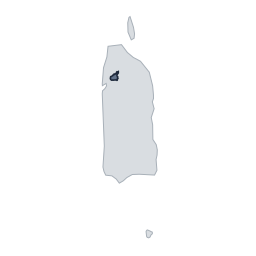 Trujillo Alto, Puerto Rico (highlighted), rotated 266°
{"feature_id": "32010507B87242959394677", "entity_name": "Trujillo Alto", "entity_type": "district", "adm_level": 2, "iso_a3": "PRI", "parent_name": "Puerto Rico", "parent_adm1": "", "projection": "robinson", "projection_center": [-65.993, 18.337], "detail": "fine", "context": "in_parent", "style": "filled", "palette": "slate", "viewbox_px": 256, "rotation_deg": 266, "n_neighbors": 0, "source": "geoboundaries", "source_scale": "gbopen_adm2", "svg_char_len": 2374}
<svg xmlns="http://www.w3.org/2000/svg" viewBox="0 0 256 256"><g transform="rotate(266 128 128)"><path d="M168.9,107.7L171.5,109.6L174.0,109.3L172.0,105.4L173.8,105.4L189.9,107.8L200.3,111.9L210.9,113.8L211.6,127.3L203.4,132.6L198.0,138.2L193.7,145.1L182.2,153.1L168.4,155.5L159.2,155.7L155.7,155.5L152.4,154.1L145.4,155.4L136.8,151.9L129.5,152.8L114.8,152.0L109.4,155.0L104.1,155.7L99.0,155.1L94.6,153.8L83.8,153.9L79.2,151.2L81.1,135.9L81.3,129.0L78.6,123.3L75.7,119.7L73.6,115.5L77.9,112.7L81.4,108.6L82.5,102.5L86.3,101.0L90.8,100.3L111.5,103.1L163.9,104.7L166.9,105.2L168.9,107.7ZM228.0,140.5L221.4,141.1L217.1,140.3L215.7,137.4L223.7,134.7L233.0,135.1L238.3,136.7L239.0,137.8L228.0,140.5ZM22.4,144.9L21.7,145.0L20.9,144.9L20.5,144.6L20.0,143.7L17.6,142.3L17.0,140.9L17.6,139.5L18.6,139.0L23.4,138.8L23.9,139.0L24.9,139.9L24.9,140.6L24.4,141.3L23.6,143.0L23.2,143.4L22.9,143.8L22.8,144.6L22.4,144.9Z" fill="#d9dde1" stroke="#a8b0b8" stroke-width="1"/><path d="M179.8,114.0L179.5,114.0L179.2,114.1L178.8,114.0L178.7,113.9L178.6,114.0L178.3,114.1L177.6,114.0L177.4,114.3L177.2,114.5L176.9,114.9L176.8,115.0L176.8,115.3L176.8,115.5L176.8,115.8L176.8,116.0L177.0,116.3L176.8,116.5L176.7,117.0L176.7,117.3L176.8,117.4L176.8,117.6L176.8,117.8L176.9,118.3L176.8,118.5L176.8,118.8L176.7,119.0L176.8,119.2L176.7,119.3L176.7,119.5L176.8,119.8L176.6,120.0L176.3,120.2L176.3,120.5L176.5,120.6L176.8,120.8L177.1,120.8L177.2,120.7L177.6,120.8L177.9,121.2L178.0,121.0L178.2,120.9L178.4,120.9L178.5,121.0L179.0,121.2L179.2,121.3L179.2,121.2L179.5,121.1L180.0,121.1L180.4,120.8L180.7,120.7L180.9,120.6L181.1,120.7L182.1,120.7L182.4,120.7L182.5,120.8L182.4,120.9L182.4,121.0L182.5,121.0L182.7,121.4L182.7,121.5L182.9,121.7L183.0,121.7L183.1,121.8L183.3,122.0L183.6,122.2L183.9,122.1L184.1,122.2L184.3,122.3L184.6,122.3L184.5,122.2L184.5,121.8L184.8,121.7L184.7,121.4L184.6,121.2L184.9,120.9L184.7,120.6L184.2,120.6L183.9,120.3L183.9,120.2L183.7,120.1L183.4,119.9L183.2,119.6L182.8,119.2L182.9,118.9L182.6,118.9L182.5,118.6L182.3,118.4L182.3,118.2L182.5,117.8L182.3,117.8L182.3,117.7L182.0,117.4L182.0,117.1L181.9,117.0L181.8,116.6L181.5,116.6L181.3,116.5L181.3,116.3L181.3,116.1L181.2,116.0L181.2,115.9L180.9,115.6L180.6,115.3L180.6,115.2L180.6,114.9L180.5,114.7L180.5,114.3L180.3,114.2L180.2,114.2L179.9,114.1L179.8,114.0Z" fill="#64748b" stroke="#1e293b" stroke-width="1.5"/></g></svg>